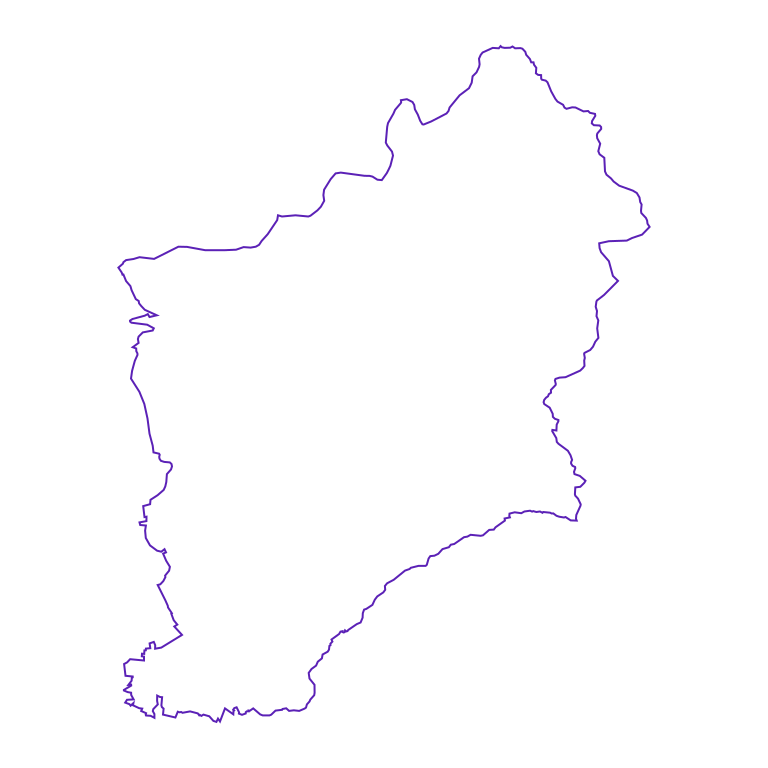 Pucheni, Dâmbovita, Romania (Natural Earth projection)
{"feature_id": "2599482B36978763272246", "entity_name": "Pucheni", "entity_type": "district", "adm_level": 2, "iso_a3": "ROU", "parent_name": "Romania", "parent_adm1": "Dâmbovita", "projection": "natural_earth1", "projection_center": [25.287, 45.196], "detail": "fine", "context": "isolated", "style": "outline", "palette": "violet", "viewbox_px": 768, "rotation_deg": 0, "n_neighbors": 0, "source": "geoboundaries", "source_scale": "gbopen_adm2", "svg_char_len": 6090}
<svg xmlns="http://www.w3.org/2000/svg" viewBox="0 0 768 768"><path d="M470.6,534.8L480.7,535.8L483.0,535.3L489.2,529.9L493.8,529.6L495.5,527.3L504.9,520.6L504.6,518.5L509.9,517.4L509.3,515.9L509.5,513.6L514.7,512.3L521.3,513.2L524.4,511.5L530.1,510.7L532.1,511.6L533.2,511.1L536.3,512.0L540.0,511.5L542.5,512.8L543.2,512.0L550.1,512.7L551.6,513.5L553.3,513.4L556.5,515.8L559.2,516.7L564.0,517.5L565.5,517.0L570.7,520.4L576.7,520.6L576.0,518.7L576.3,515.0L580.5,505.7L580.7,504.3L578.0,498.6L575.3,495.7L574.9,494.3L575.3,487.4L580.3,486.8L584.3,482.8L585.5,480.8L579.8,475.9L574.5,474.1L574.0,471.9L575.3,468.2L575.1,467.0L572.5,465.8L571.1,463.6L571.1,462.1L572.1,459.9L570.5,455.2L567.9,450.8L558.5,443.8L556.8,441.9L556.3,438.1L552.2,431.1L552.4,429.9L556.4,430.5L556.7,424.6L558.4,421.2L558.4,420.0L554.9,418.8L552.9,416.9L552.7,413.8L549.7,407.7L544.3,404.1L543.6,402.2L544.2,399.9L546.0,397.7L548.0,396.3L548.8,394.2L551.0,392.7L550.9,389.9L555.6,385.0L555.8,384.0L554.9,380.4L555.5,378.9L559.6,377.6L565.5,377.2L580.2,370.6L582.9,368.0L584.5,365.9L584.2,360.6L584.8,357.9L584.1,353.9L584.5,352.9L590.2,350.0L593.0,346.7L595.3,341.7L598.4,337.9L597.2,328.4L598.3,320.4L596.5,316.2L597.0,311.0L595.7,306.8L596.4,301.6L596.9,300.5L604.0,295.0L618.0,280.9L612.9,275.9L608.9,261.2L601.1,252.2L599.6,248.1L599.2,243.3L608.9,241.2L626.8,240.6L632.1,238.0L642.1,234.6L649.6,226.9L647.5,223.7L647.1,220.5L645.9,217.9L641.3,213.0L641.0,210.8L641.6,204.5L640.2,202.0L639.5,197.5L636.8,193.0L632.8,190.6L619.2,185.7L613.6,181.5L611.0,178.4L606.5,174.7L605.0,171.4L604.3,157.8L599.6,154.3L598.3,151.2L600.2,143.7L597.2,138.2L596.9,135.2L597.3,133.5L601.2,128.9L601.1,127.0L599.7,125.5L593.9,125.2L591.8,123.4L592.1,121.0L595.3,115.8L595.0,113.9L589.9,112.8L588.1,111.0L583.5,111.4L575.5,107.5L572.2,107.3L566.5,108.8L564.5,107.6L563.1,104.8L557.5,101.6L555.3,98.8L551.2,91.4L547.5,82.3L545.7,80.6L541.9,79.7L541.2,78.7L541.1,75.1L538.1,74.9L535.9,73.3L536.3,67.8L534.0,64.7L533.5,62.3L531.2,62.3L529.9,59.0L526.2,54.8L525.3,51.8L522.4,48.7L520.4,48.1L515.1,48.3L512.5,46.5L510.3,47.7L504.6,47.9L501.8,47.3L500.6,46.1L498.8,48.3L492.7,47.9L482.6,52.5L480.7,54.9L479.0,58.7L479.6,64.3L479.1,66.9L476.5,72.4L472.6,76.3L471.7,82.7L469.0,88.2L459.6,95.3L449.6,107.5L448.5,111.0L446.5,113.5L431.1,121.5L423.7,124.5L422.4,124.3L420.2,120.8L417.8,114.6L414.9,109.3L414.2,104.9L412.5,102.0L406.9,99.2L400.9,100.2L401.2,102.1L400.8,103.1L395.1,109.8L393.4,113.7L388.0,123.1L387.2,126.8L385.8,142.6L387.3,145.5L392.0,151.6L393.0,155.6L390.4,165.8L388.7,169.4L386.8,173.1L381.8,180.1L377.4,179.7L372.5,176.6L369.6,175.9L364.5,175.8L340.8,172.6L335.6,173.4L330.7,179.1L324.1,189.7L323.4,195.1L324.2,200.8L320.9,206.7L317.4,210.4L310.5,215.7L308.3,216.5L295.5,215.3L282.0,216.5L278.0,215.3L277.2,220.1L267.7,234.2L261.6,241.0L259.1,244.8L255.8,246.7L250.6,247.6L243.6,247.1L236.1,249.7L224.7,250.2L205.2,250.2L187.1,246.9L178.4,246.7L154.1,258.9L139.5,257.2L133.5,259.0L126.1,260.1L123.4,262.2L122.9,263.7L118.4,267.6L121.7,272.5L122.5,274.7L123.4,274.5L126.1,281.1L130.4,286.1L131.6,290.2L135.8,299.1L138.7,301.0L139.1,303.4L141.3,306.1L144.8,309.8L156.8,315.3L149.5,317.0L147.8,314.1L144.7,315.7L132.5,319.0L130.0,320.6L130.1,321.6L131.4,322.7L147.2,324.7L153.8,328.3L152.7,330.5L142.8,332.4L138.6,336.6L137.9,339.1L138.6,342.9L132.7,347.2L136.2,348.5L136.3,351.2L137.4,353.3L137.5,354.9L134.8,360.9L132.1,370.8L131.0,378.6L139.4,391.8L144.3,403.9L147.5,418.5L149.5,433.7L152.7,445.7L153.5,452.4L159.1,453.7L159.7,454.8L159.2,456.9L159.5,458.7L160.9,460.8L164.2,461.9L169.8,462.4L171.5,464.0L172.0,466.4L171.0,469.5L166.9,474.1L166.3,482.0L165.3,486.4L163.7,489.9L157.6,495.2L150.5,499.8L150.1,504.2L143.2,506.1L144.5,517.1L146.5,516.7L146.4,521.1L139.5,522.4L140.2,525.0L145.9,525.5L145.1,530.6L145.8,538.0L150.0,545.4L157.1,550.7L161.3,551.7L164.5,549.2L166.0,552.4L163.1,553.6L166.2,560.8L169.9,566.8L169.1,570.7L165.1,575.6L165.4,577.1L163.3,581.1L160.3,584.3L157.7,585.0L165.3,600.2L167.8,605.8L168.0,607.4L171.9,613.3L171.3,613.7L173.7,620.2L177.3,624.6L174.3,626.5L182.0,634.9L161.3,647.6L155.1,648.7L155.2,645.2L153.8,641.9L149.6,643.4L150.3,648.2L145.9,648.6L145.8,650.3L144.4,650.4L144.2,653.9L142.0,653.7L141.8,656.3L144.0,656.6L144.0,660.5L130.1,659.2L127.1,662.4L124.1,664.0L125.5,675.8L132.7,676.5L132.7,677.4L131.8,678.0L131.6,680.7L128.4,684.9L131.1,684.6L131.2,685.6L123.9,689.9L123.9,690.5L127.7,692.1L131.1,692.7L131.2,695.0L133.6,699.4L127.0,699.8L125.2,702.6L129.5,704.2L130.6,705.7L133.4,703.1L133.0,705.3L139.2,708.2L142.2,708.6L141.2,711.0L146.1,713.2L145.7,714.7L146.0,715.5L150.6,715.8L154.4,717.8L154.4,714.0L152.8,711.1L153.3,709.1L157.8,704.4L157.1,700.9L157.2,695.6L160.0,697.0L162.1,697.2L161.4,705.3L161.9,707.1L163.6,708.6L163.0,714.6L175.4,717.5L177.8,711.7L179.5,712.3L181.2,712.0L182.5,712.8L190.1,711.4L197.8,713.4L199.2,715.3L199.7,714.8L201.4,715.9L203.4,714.6L209.3,716.3L213.4,720.9L216.4,721.9L218.0,718.6L220.0,721.5L225.0,708.4L233.3,714.3L233.5,711.0L234.1,710.5L233.2,709.7L234.3,708.1L236.6,707.3L239.1,712.4L238.9,713.6L242.0,714.8L245.7,713.5L245.8,712.1L246.8,711.3L248.7,711.3L248.6,710.5L249.9,710.7L253.2,708.4L260.2,714.4L262.7,715.4L269.5,715.4L271.2,714.7L275.5,710.6L282.1,709.8L282.5,709.0L286.2,708.3L289.1,710.9L293.8,710.3L299.2,710.9L304.6,708.6L306.0,707.6L306.9,704.4L309.5,701.5L310.3,699.6L314.2,695.2L314.6,692.8L314.5,684.8L309.5,678.6L308.7,672.9L311.5,669.0L316.1,665.6L317.8,661.7L321.9,658.4L322.6,654.5L327.7,651.7L329.0,649.6L329.4,645.9L330.5,645.2L330.4,643.7L332.4,641.6L331.5,639.5L339.1,634.0L340.5,631.6L342.5,631.2L342.4,632.0L343.7,632.5L344.7,632.1L345.1,630.4L346.4,631.4L347.5,631.1L348.2,630.0L356.8,624.1L360.6,622.5L362.6,617.7L362.8,613.2L364.1,609.6L366.3,608.9L372.4,604.9L374.8,599.7L377.3,596.4L383.3,592.4L385.2,589.8L384.9,586.0L387.1,583.3L393.7,579.8L405.0,570.6L409.6,569.0L410.8,567.8L418.4,565.9L425.6,565.9L426.8,564.8L428.6,558.5L430.3,556.1L434.4,555.7L438.3,553.8L442.5,549.1L448.9,547.2L450.8,544.7L454.2,544.0L464.0,537.2L467.4,536.6L470.6,534.8Z" fill="none" stroke="#5b21b6" stroke-width="2"/></svg>